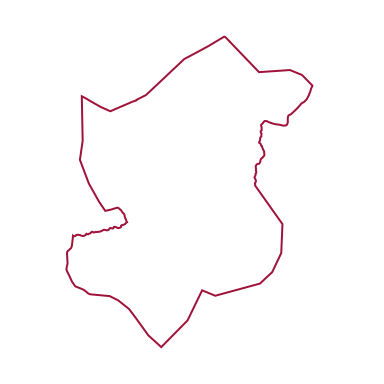 the district of Bayanchandmani, Töv, Mongolia, rotated 260°
{"feature_id": "93677404B83020582148290", "entity_name": "Bayanchandmani", "entity_type": "district", "adm_level": 2, "iso_a3": "MNG", "parent_name": "Mongolia", "parent_adm1": "Töv", "projection": "robinson", "projection_center": [106.239, 48.215], "detail": "fine", "context": "isolated", "style": "outline", "palette": "rose", "viewbox_px": 384, "rotation_deg": 260, "n_neighbors": 0, "source": "geoboundaries", "source_scale": "gbopen_adm2", "svg_char_len": 3236}
<svg xmlns="http://www.w3.org/2000/svg" viewBox="0 0 384 384"><g transform="rotate(260 192 192)"><path d="M305.4,100.1L261.3,93.2L243.2,87.2L218.2,91.9L198.0,99.0L188.5,103.3L188.7,108.8L188.9,110.6L189.2,112.6L189.4,114.1L189.5,116.1L189.0,116.8L188.1,117.6L187.3,118.1L186.3,119.0L185.3,119.4L183.7,120.1L182.8,120.8L182.0,121.4L181.3,121.5L180.2,121.5L179.0,121.5L177.9,121.7L176.1,122.2L174.6,122.4L173.5,122.8L173.2,121.9L172.1,120.5L171.6,118.9L171.6,117.8L171.5,117.0L171.1,116.3L170.2,116.2L169.6,115.6L169.3,114.8L169.3,114.0L169.3,113.2L169.6,112.4L170.5,111.2L171.2,109.9L171.1,109.0L170.5,108.5L170.0,108.3L169.8,107.7L170.0,106.9L170.4,106.1L170.7,105.3L170.5,104.5L169.6,103.8L169.2,103.2L169.0,102.1L169.2,100.9L169.8,99.7L170.1,98.9L170.0,98.0L169.5,96.9L169.0,95.1L169.0,93.4L169.1,92.0L169.2,91.0L169.5,90.1L169.2,89.2L169.2,88.3L169.5,87.8L170.2,86.9L170.1,86.2L169.7,85.5L169.1,85.0L169.0,84.4L168.7,83.2L168.4,82.3L168.6,81.7L168.9,81.2L169.2,80.8L169.0,80.5L168.6,80.3L168.3,80.1L168.0,79.4L167.6,78.0L167.6,76.8L168.1,75.7L168.8,74.6L169.3,73.4L169.6,72.5L169.8,71.3L169.6,70.3L169.2,69.9L168.8,69.3L168.9,68.5L169.1,67.8L169.7,67.3L159.9,64.4L157.8,63.2L156.6,61.3L155.0,58.9L153.5,58.3L143.1,57.0L138.0,54.9L136.0,55.1L129.8,56.9L124.4,58.3L122.0,59.5L120.5,60.0L119.1,61.0L117.2,64.2L115.6,66.7L114.7,68.0L112.7,70.1L110.5,71.8L109.1,73.5L108.4,75.9L103.8,92.8L98.2,100.4L87.8,109.6L79.1,114.1L58.4,124.1L44.6,134.8L66.3,165.3L93.4,184.9L85.8,196.9L90.0,243.0L99.2,257.1L116.4,269.3L144.7,275.5L186.3,255.8L187.4,255.3L188.8,255.6L189.7,255.5L190.5,256.2L191.0,256.6L192.0,256.9L192.9,256.8L193.5,256.6L194.0,256.6L194.8,256.2L195.6,256.1L196.5,256.6L196.9,257.2L197.4,257.4L198.3,257.7L199.0,257.8L199.4,258.3L200.0,258.7L200.5,258.7L200.7,258.8L201.7,258.7L202.6,258.8L204.1,259.1L205.2,259.1L206.0,259.1L207.3,259.9L208.0,260.6L208.2,261.9L208.3,263.2L209.0,263.8L210.1,264.6L211.3,264.9L212.1,265.3L212.8,265.9L213.4,267.2L214.2,268.0L214.8,269.0L215.8,269.7L217.2,269.9L218.4,269.9L219.5,270.1L221.1,269.5L222.7,269.1L223.8,268.9L225.0,268.9L225.7,268.2L227.1,268.0L228.0,267.6L228.8,266.7L229.4,266.7L229.8,267.1L230.4,267.4L231.3,268.1L232.2,268.3L233.0,268.4L233.9,268.9L234.5,269.8L235.1,270.0L235.8,270.1L236.9,270.4L237.7,270.6L238.4,270.2L239.2,270.0L240.0,270.3L240.7,271.3L241.8,271.5L242.9,271.6L244.0,271.8L245.0,271.6L246.0,271.7L246.6,272.5L247.3,273.5L248.2,274.4L249.0,275.4L249.3,276.2L249.0,277.3L248.6,278.3L247.7,279.4L246.1,282.0L244.4,285.6L243.4,288.7L243.1,289.8L241.5,293.3L241.3,295.6L241.4,296.7L242.7,297.8L244.1,298.5L246.8,298.9L248.7,299.3L250.5,300.2L250.8,300.9L251.4,302.9L252.8,305.2L255.8,309.7L257.0,311.3L258.9,313.7L259.7,314.5L260.4,315.7L261.2,318.0L262.9,320.4L263.8,321.5L264.7,322.0L266.1,323.2L267.6,324.3L268.7,324.8L269.8,325.6L270.3,325.9L270.9,326.2L271.7,326.5L272.4,326.9L273.3,327.3L274.0,327.9L274.9,328.5L275.8,329.1L288.2,320.6L295.1,309.6L298.4,278.8L338.7,251.8L338.8,251.7L339.2,251.0L339.4,250.7L335.3,239.9L332.6,232.8L324.3,207.5L315.1,193.4L312.8,190.0L295.5,163.6L292.4,153.4L291.9,153.2L291.3,149.2L287.9,134.8L287.9,134.7L285.7,125.6L291.5,117.0L299.0,107.9L303.3,102.9L305.4,100.1Z" fill="none" stroke="#9f1239" stroke-width="2"/></g></svg>